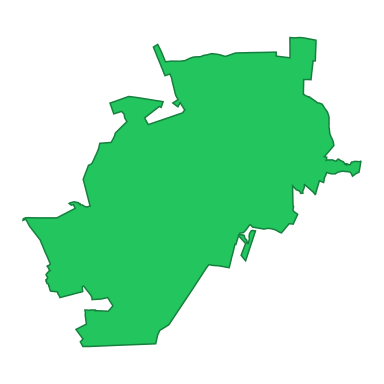 Pedro Escobedo, Querétaro, Mexico (Mercator projection)
{"feature_id": "50627088B87937870701268", "entity_name": "Pedro Escobedo", "entity_type": "district", "adm_level": 2, "iso_a3": "MEX", "parent_name": "Mexico", "parent_adm1": "Querétaro", "projection": "mercator", "projection_center": [-100.153, 20.469], "detail": "fine", "context": "isolated", "style": "filled", "palette": "green", "viewbox_px": 384, "rotation_deg": 0, "n_neighbors": 0, "source": "geoboundaries", "source_scale": "gbopen_adm2", "svg_char_len": 5771}
<svg xmlns="http://www.w3.org/2000/svg" viewBox="0 0 384 384"><path d="M157.7,44.4L154.0,46.7L153.6,47.0L153.4,47.1L155.8,53.0L157.3,56.8L158.5,59.6L159.4,61.9L160.4,64.2L161.2,66.2L161.2,66.4L162.2,68.7L163.8,72.7L163.9,72.9L164.0,73.4L165.0,75.7L170.0,74.0L170.1,74.4L170.7,75.9L171.3,77.3L171.7,78.4L172.2,81.1L175.4,94.3L176.0,95.9L178.1,99.6L172.8,103.0L177.9,106.8L180.2,102.7L184.0,108.9L184.9,109.7L182.5,112.9L148.3,124.6L144.6,117.9L159.4,106.4L161.1,107.4L163.1,101.7L138.2,97.7L133.9,97.1L128.9,96.5L128.4,96.6L110.0,103.1L113.8,113.9L121.6,111.4L124.2,114.3L124.6,117.4L124.6,117.7L126.9,121.7L123.2,125.2L115.3,133.1L114.5,136.1L114.3,136.6L111.2,142.4L99.8,143.3L99.4,145.0L98.9,147.4L98.2,149.7L96.5,153.7L92.3,162.8L91.9,163.3L91.1,164.1L90.7,164.3L88.8,165.3L88.5,165.3L83.2,179.3L90.1,206.1L89.0,206.3L86.8,207.0L85.3,206.6L84.2,206.2L82.5,205.0L80.2,204.7L80.0,203.5L78.8,203.6L78.4,202.7L74.1,201.8L71.4,202.5L70.8,202.6L69.1,203.4L71.1,205.1L73.5,204.7L75.1,208.4L56.8,217.9L40.0,217.9L31.3,217.8L30.7,217.7L29.0,217.7L25.6,217.8L23.3,218.8L23.0,220.3L25.7,219.2L27.3,221.9L28.9,225.0L29.9,226.7L40.2,240.0L41.0,242.1L42.5,245.6L44.9,251.5L47.7,257.7L50.3,264.0L49.8,264.8L49.4,264.9L49.2,265.3L48.3,265.5L47.8,265.6L47.2,266.0L47.1,266.4L47.3,266.6L47.7,266.9L47.9,267.2L48.4,267.9L49.1,269.6L50.2,270.6L48.6,271.4L48.1,272.2L47.2,273.0L46.6,273.9L46.3,274.1L46.1,275.0L46.6,276.0L47.4,276.8L47.6,277.5L47.2,278.2L47.4,278.5L47.1,279.0L46.9,279.2L45.9,279.8L46.0,281.0L46.4,280.9L46.6,281.3L46.5,282.0L46.7,282.7L46.9,283.3L47.5,283.8L48.2,283.9L48.4,284.3L48.6,285.0L48.8,286.3L49.5,287.6L49.7,289.3L50.5,291.1L57.5,291.9L57.8,293.6L59.1,295.5L59.9,297.6L65.5,296.1L73.3,294.1L74.9,293.6L79.3,292.5L82.7,291.6L82.3,287.4L82.2,286.8L83.8,286.1L84.6,287.2L85.0,287.8L87.0,290.4L88.3,291.9L88.9,292.7L90.6,294.8L92.0,297.7L92.0,298.7L92.0,299.6L101.4,299.0L105.2,298.1L107.6,297.5L109.1,299.8L109.8,301.0L111.0,302.9L112.1,304.5L112.3,304.8L112.9,305.9L108.3,311.2L107.4,311.2L103.4,311.0L101.5,310.9L99.6,310.8L98.2,310.8L95.2,310.7L95.4,310.0L94.3,310.0L92.1,310.0L91.0,309.9L89.2,310.4L88.8,310.2L87.5,310.1L84.9,310.0L85.0,310.8L85.4,312.1L85.2,315.3L85.5,317.3L85.6,318.2L86.3,323.6L86.4,324.1L76.0,329.4L83.0,339.0L80.3,341.8L82.9,346.5L88.8,346.5L117.1,345.3L155.7,343.8L157.6,335.2L159.8,330.4L168.8,324.8L192.5,289.2L205.8,268.8L208.8,264.7L213.6,265.5L215.8,265.6L218.8,265.8L221.3,266.3L221.6,266.3L229.2,267.7L229.8,265.2L230.0,264.6L230.0,264.3L230.6,262.0L231.4,258.6L231.5,258.0L231.7,257.2L232.0,256.2L232.2,255.5L232.7,253.6L233.5,250.5L233.6,250.0L234.1,247.9L234.1,247.6L234.4,246.7L234.9,244.4L235.9,244.5L238.5,235.7L245.6,243.5L241.1,255.3L245.6,260.8L255.5,230.9L252.1,230.4L251.3,230.7L249.5,233.5L249.0,236.9L249.4,238.5L249.0,240.8L248.6,241.5L248.3,243.5L247.5,243.4L247.2,243.3L246.8,240.2L245.9,239.2L245.3,238.8L244.8,238.0L244.3,235.7L244.0,235.2L243.5,235.1L243.1,235.2L242.2,234.8L239.1,234.7L240.0,233.0L243.0,232.8L244.0,232.1L244.5,231.6L246.7,229.0L249.4,225.2L250.2,224.6L251.3,225.7L252.8,227.2L255.0,227.5L256.7,227.8L261.8,228.7L263.9,229.1L267.4,228.4L269.7,228.5L271.7,228.8L275.1,229.8L276.3,230.3L279.5,232.2L281.4,232.9L289.2,223.7L293.3,224.1L293.4,223.7L297.7,214.3L293.4,211.2L292.9,209.8L293.6,206.7L293.1,205.5L293.0,205.3L292.6,185.9L296.0,189.5L296.4,189.8L299.6,191.1L300.8,193.4L302.9,193.2L302.7,192.0L302.7,191.4L302.8,191.2L304.1,187.8L304.4,186.9L304.4,184.6L304.6,184.5L313.2,192.1L315.1,194.5L315.8,193.8L315.9,192.6L319.4,180.8L323.6,182.5L324.6,177.5L325.9,175.0L326.5,172.5L331.1,173.8L335.2,173.9L337.7,172.3L339.6,171.8L342.8,171.2L345.2,171.5L347.8,171.7L349.2,171.9L349.8,172.0L350.1,172.2L350.3,172.4L350.5,172.6L350.7,172.8L351.1,173.1L351.3,173.5L351.5,173.8L351.6,174.2L351.7,174.5L351.8,174.6L352.2,175.5L352.3,175.8L352.4,176.0L352.5,176.2L354.7,174.6L355.5,173.9L359.0,172.2L359.5,169.7L360.9,161.2L361.0,160.7L360.5,161.5L360.1,161.7L356.1,161.4L354.3,161.4L353.0,161.9L351.5,162.1L351.4,162.3L350.8,163.3L350.3,164.5L350.0,164.7L348.7,164.6L347.1,163.9L347.0,165.0L346.6,165.1L346.3,164.9L345.8,164.2L345.9,163.8L345.4,163.7L345.3,164.2L344.9,164.3L344.6,164.1L344.5,163.3L344.0,162.6L343.7,162.3L343.5,161.9L342.8,161.5L340.8,160.7L340.0,160.3L339.7,159.9L339.2,159.6L339.1,159.4L338.7,159.2L338.4,159.1L337.9,159.2L336.9,160.2L336.5,160.8L335.9,161.1L335.6,161.1L332.5,159.9L331.9,159.9L326.9,160.0L326.7,160.0L326.3,160.2L326.5,159.7L326.7,157.2L325.3,157.0L325.2,157.0L325.0,156.7L324.8,156.6L324.4,156.6L333.1,146.5L333.8,145.6L333.8,145.0L333.7,144.7L333.3,141.9L333.2,141.8L332.7,140.3L332.3,139.3L331.0,136.7L330.5,135.4L330.4,135.1L329.7,133.4L329.7,133.0L329.6,132.9L329.6,131.1L329.4,130.2L329.3,128.6L329.3,128.4L329.2,128.1L328.9,126.2L328.8,125.9L329.1,124.6L329.1,124.2L329.0,122.0L329.0,120.7L329.1,118.4L329.0,117.2L328.6,115.4L328.3,114.4L327.2,111.6L325.2,108.9L323.8,106.9L323.5,106.1L322.0,104.1L319.6,103.1L317.9,102.9L317.3,102.9L316.6,102.0L309.0,96.7L308.7,97.1L305.8,95.7L303.3,94.2L303.6,93.7L303.4,93.1L303.7,79.6L307.8,79.5L308.2,79.5L311.0,79.7L311.4,76.2L311.6,73.6L311.8,72.3L312.2,68.9L312.7,64.5L312.7,64.4L313.1,60.8L315.2,61.0L315.3,60.8L315.4,59.0L315.4,58.9L315.5,55.3L315.6,51.8L315.8,48.0L315.8,47.9L315.9,43.7L316.0,43.6L316.0,40.2L304.4,38.0L301.1,37.6L299.3,37.5L294.6,37.9L290.8,37.6L290.0,37.5L289.9,37.5L289.9,39.6L290.0,45.2L290.0,46.2L290.0,48.1L290.0,50.0L290.0,54.7L290.1,57.8L285.0,57.2L276.2,56.1L276.2,52.1L263.6,52.4L250.7,52.6L235.6,53.0L230.2,54.8L225.8,56.3L224.6,56.2L221.0,55.1L218.2,54.4L211.6,53.6L207.3,54.8L203.6,55.4L200.6,56.7L197.6,56.8L194.3,57.0L193.0,57.2L189.8,58.3L185.0,60.6L180.9,61.1L178.5,61.2L171.5,61.1L165.4,61.7L161.3,51.6L157.7,44.4Z" fill="#22c55e" stroke="#15803d" stroke-width="1.5"/></svg>